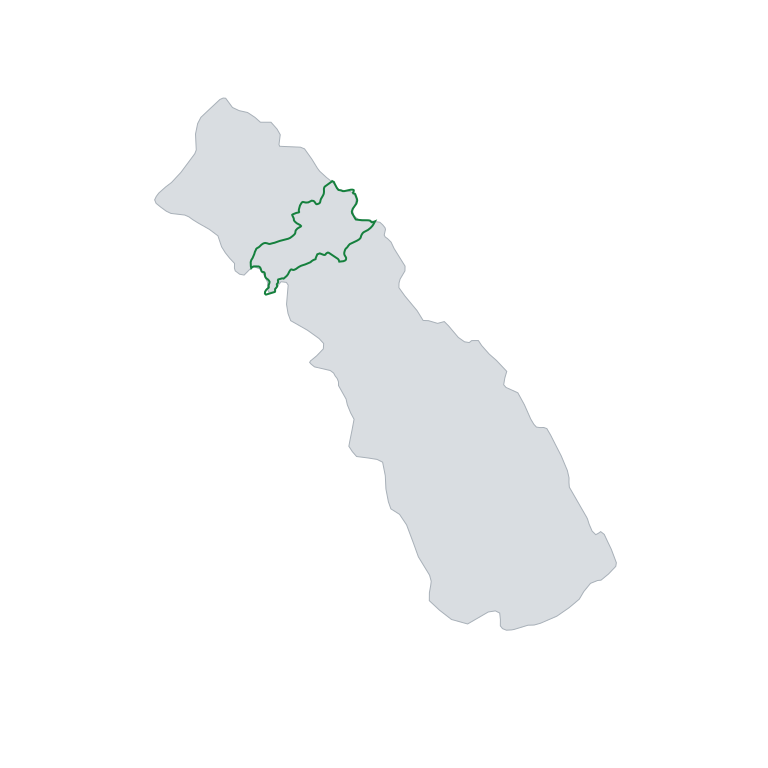 location of Janakpur within Nepal, rotated 210°
{"feature_id": "NPL-1131", "entity_name": "Janakpur", "entity_type": "Administrative Zone", "adm_level": 1, "iso_a3": "NPL", "parent_name": "Nepal", "parent_adm1": "", "projection": "robinson", "projection_center": [86.017, 27.361], "detail": "fine", "context": "in_parent", "style": "outline", "palette": "green", "viewbox_px": 768, "rotation_deg": 210, "n_neighbors": 0, "source": "natural_earth", "source_scale": "10m", "svg_char_len": 5647}
<svg xmlns="http://www.w3.org/2000/svg" viewBox="0 0 768 768"><g transform="rotate(210 384 384)"><path d="M671.7,426.5L674.7,428.8L675.0,432.6L674.5,436.8L671.5,445.8L668.8,452.2L665.7,465.6L663.0,488.8L663.6,492.8L672.2,506.2L675.6,516.4L675.9,523.4L672.4,535.1L668.4,548.3L666.3,551.2L664.0,552.3L653.5,547.7L646.2,548.3L637.9,550.9L629.2,550.4L621.9,548.9L612.8,554.2L604.1,551.3L598.5,548.0L594.7,538.9L593.2,537.7L574.8,547.3L570.4,547.9L559.0,542.7L549.6,537.6L546.1,536.1L537.1,534.1L529.0,532.9L520.2,529.7L509.2,533.9L504.8,533.6L500.7,530.6L498.5,524.4L498.0,518.6L494.2,514.6L488.5,513.6L480.4,517.2L468.5,522.0L464.7,521.2L461.2,519.8L460.0,518.6L458.3,513.1L456.4,511.9L453.7,511.7L448.8,510.4L442.9,506.3L424.7,496.6L422.4,492.4L422.5,482.9L421.5,479.0L419.3,474.9L410.0,470.7L391.9,464.0L381.9,458.6L377.1,461.1L367.9,463.3L363.0,468.2L357.1,466.6L343.0,461.5L335.4,460.8L330.9,462.5L329.8,465.4L324.0,468.8L318.6,466.1L307.8,462.5L298.3,460.6L284.0,456.3L282.4,449.7L280.0,443.2L276.6,442.0L263.7,443.3L252.0,436.2L239.4,427.0L234.0,424.0L230.5,422.9L227.4,424.1L223.9,426.2L220.7,426.8L213.9,422.9L205.2,417.2L194.5,410.3L181.9,400.7L176.8,395.2L174.5,391.1L171.9,387.3L161.0,381.0L152.4,376.0L142.0,370.0L140.2,368.8L136.3,365.2L130.3,360.7L125.3,359.4L123.7,361.9L122.5,364.5L118.1,363.9L111.5,359.3L104.5,354.5L99.0,350.0L93.4,345.4L92.1,342.0L94.6,331.6L98.0,322.6L100.8,320.6L105.5,314.6L107.2,304.2L107.3,295.3L111.9,282.7L118.2,269.4L128.9,255.0L133.5,250.3L138.7,247.1L148.6,236.5L150.6,234.8L154.9,232.0L159.1,231.4L162.3,232.7L165.4,238.2L169.3,243.5L174.1,243.2L179.7,238.7L191.6,218.0L207.8,213.8L223.0,215.9L236.4,219.0L240.3,225.9L242.9,233.1L244.5,236.8L248.9,241.2L267.8,251.5L278.8,260.8L294.0,273.3L305.4,278.9L315.6,279.3L321.3,284.2L329.8,294.0L337.0,305.2L346.1,315.6L352.4,315.2L361.0,311.9L371.5,307.5L377.6,309.6L383.3,312.5L385.2,317.9L388.6,328.0L392.3,338.5L398.3,342.2L405.4,347.7L409.3,352.0L422.6,359.9L424.5,363.1L427.2,365.3L430.4,366.6L433.1,368.3L437.3,368.8L452.7,364.1L456.8,364.7L459.2,365.5L459.2,367.3L456.4,374.7L454.1,384.1L456.5,388.9L462.9,390.9L477.2,392.3L496.5,392.2L502.3,397.0L508.2,404.2L514.0,416.5L516.4,421.7L519.3,423.2L524.3,421.1L525.1,416.1L525.3,408.5L529.5,405.9L532.2,407.8L535.4,413.7L543.3,419.0L549.1,421.6L554.6,420.7L556.9,418.7L559.6,408.4L563.9,406.9L569.4,407.6L571.5,409.6L573.7,413.7L580.4,415.7L587.0,418.3L593.2,421.6L601.9,429.3L612.7,430.6L625.2,430.5L631.8,430.7L636.6,431.2L641.0,430.7L653.8,425.2L659.0,424.8L665.5,425.5L671.7,426.5Z" fill="#d9dde1" stroke="#a8b0b8" stroke-width="1"/><path d="M530.9,402.4L532.3,402.7L533.1,404.3L533.1,406.4L532.7,408.1L532.1,409.5L532.2,410.3L532.8,411.0L533.3,411.9L533.8,414.4L534.3,415.4L535.4,416.0L536.9,416.5L538.3,416.6L539.7,417.0L540.9,417.9L542.6,420.2L543.3,420.7L544.0,420.8L544.6,420.6L545.2,420.3L545.8,420.2L546.5,420.5L548.9,422.6L550.3,423.2L551.3,423.1L553.9,421.7L555.5,420.8L556.5,419.6L556.9,418.0L558.2,419.4L560.4,422.9L560.9,425.1L560.8,427.4L561.3,431.6L561.9,434.0L562.0,435.8L562.2,437.2L561.9,438.0L561.6,438.7L561.0,439.5L560.5,440.8L559.8,443.3L559.0,445.0L558.2,446.1L557.3,446.8L555.6,447.4L554.1,447.7L553.4,447.9L552.9,448.2L550.5,450.6L549.5,451.5L545.9,455.7L539.5,462.0L538.3,463.7L537.1,466.5L536.5,468.4L536.3,469.2L536.3,469.8L536.4,470.5L537.1,472.3L537.2,473.0L537.0,474.1L536.7,475.4L534.8,478.8L534.8,479.3L536.0,479.7L540.0,479.6L542.4,480.1L543.4,480.5L544.0,480.9L544.5,481.7L545.0,482.3L545.4,482.6L547.6,484.1L547.9,484.4L548.1,484.7L547.7,485.5L545.5,488.3L543.6,490.0L543.5,490.5L543.8,490.9L544.1,491.2L544.5,491.6L544.8,492.1L545.4,494.2L546.0,496.6L546.0,499.1L545.8,500.4L545.3,501.1L542.3,502.1L540.4,503.4L538.3,506.6L536.5,507.3L535.8,507.2L534.9,506.9L533.0,506.0L532.3,506.0L531.7,506.4L530.7,507.6L530.4,508.2L530.2,508.8L530.2,509.3L530.3,509.8L530.9,511.6L531.1,512.7L531.1,516.9L531.2,517.8L531.3,518.6L531.7,519.6L532.1,520.5L533.4,522.6L533.8,523.4L534.0,524.4L534.0,525.2L533.7,526.0L530.3,533.6L530.3,533.8L530.2,533.8L528.5,533.9L528.0,533.7L527.7,533.3L522.7,530.1L520.5,529.3L517.9,530.2L516.2,530.4L514.9,531.1L510.0,535.6L508.4,536.6L507.3,536.8L506.8,536.3L506.6,535.6L506.6,534.9L506.5,534.2L505.9,533.7L505.2,533.9L504.5,534.2L503.8,534.0L499.9,530.7L498.9,529.4L498.1,526.4L498.7,520.2L498.1,517.3L497.1,516.0L491.4,512.7L490.6,512.4L484.9,514.8L481.8,516.6L479.1,518.1L477.8,518.5L476.5,518.1L475.3,518.0L474.1,519.1L473.1,520.4L473.0,516.9L473.1,515.2L473.7,512.5L474.9,509.4L477.2,505.8L477.7,504.8L477.9,503.9L478.0,502.4L477.9,501.3L477.8,500.5L477.6,500.0L477.5,499.3L477.4,498.6L477.6,497.7L477.9,496.7L479.0,494.7L483.6,488.0L484.0,486.1L484.2,483.9L484.4,483.3L484.5,482.9L484.7,482.5L484.8,481.8L484.8,480.8L484.4,478.9L484.0,477.7L483.6,477.0L483.2,476.5L482.8,476.1L482.2,475.7L480.4,474.7L479.8,474.2L479.5,473.6L479.2,472.9L479.2,472.2L479.4,471.6L480.5,470.1L483.9,467.6L485.4,468.9L485.9,469.1L486.4,469.3L496.8,470.0L497.7,470.0L498.5,469.6L499.2,468.4L499.4,467.6L499.4,466.8L499.8,466.2L500.7,465.7L504.9,465.0L506.6,463.0L506.2,459.6L506.1,459.1L505.7,457.9L506.1,457.3L506.9,456.4L507.4,455.6L508.2,454.0L508.5,452.8L511.9,448.3L514.8,445.1L515.6,443.9L516.5,442.4L517.7,439.7L518.7,438.2L519.4,437.5L519.8,437.3L521.4,437.0L521.9,436.5L522.1,435.7L522.2,433.9L522.0,430.9L522.3,428.9L523.6,425.1L524.1,425.0L525.1,424.5L527.4,422.1L527.8,421.8L527.8,420.9L527.4,420.3L526.9,419.8L526.6,419.2L526.5,418.2L526.7,417.5L526.7,416.8L526.1,416.0L525.4,415.5L525.3,415.0L525.4,414.5L525.4,413.8L525.7,412.3L525.8,411.9L525.5,411.2L524.7,410.0L524.6,409.1L530.9,402.4Z" fill="none" stroke="#15803d" stroke-width="2"/></g></svg>